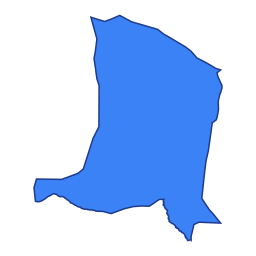 Telmen, Dzavhan, Mongolia
{"feature_id": "93677404B12487525964315", "entity_name": "Telmen", "entity_type": "district", "adm_level": 2, "iso_a3": "MNG", "parent_name": "Mongolia", "parent_adm1": "Dzavhan", "projection": "robinson", "projection_center": [97.583, 48.784], "detail": "fine", "context": "isolated", "style": "filled", "palette": "blue", "viewbox_px": 256, "rotation_deg": 0, "n_neighbors": 0, "source": "geoboundaries", "source_scale": "gbopen_adm2", "svg_char_len": 5085}
<svg xmlns="http://www.w3.org/2000/svg" viewBox="0 0 256 256"><path d="M90.9,17.2L96.9,38.9L95.3,51.8L94.0,58.6L95.7,69.6L95.9,71.6L96.9,78.7L99.1,85.6L98.9,126.8L93.2,138.0L83.3,169.0L77.9,173.4L61.5,179.4L36.5,179.0L34.0,187.7L35.4,201.1L36.1,201.5L36.8,201.6L37.7,201.7L38.5,201.8L39.1,201.7L39.6,201.6L40.9,201.2L41.4,201.0L42.2,200.5L43.0,200.1L44.3,199.3L45.1,198.8L45.5,198.4L46.2,198.0L47.3,197.1L48.1,196.4L49.0,196.1L49.7,195.8L50.1,195.7L50.3,195.6L50.7,195.2L51.1,195.0L51.6,194.7L53.0,194.0L53.3,193.8L53.6,193.7L53.9,193.7L54.3,193.9L56.2,194.4L56.4,194.4L56.8,194.7L57.0,194.9L57.1,195.0L57.4,195.1L57.7,195.4L58.4,196.1L58.7,196.1L59.1,196.2L59.9,196.6L60.3,196.7L60.7,196.7L61.0,196.7L61.3,196.6L61.5,196.6L61.9,196.5L62.1,196.5L62.5,196.6L62.8,196.7L63.5,197.0L64.1,197.2L64.4,197.5L65.0,198.2L65.2,198.3L65.4,198.4L65.6,198.4L65.8,198.5L66.3,199.0L66.8,199.5L67.1,199.6L67.3,199.7L67.4,199.8L67.5,199.9L67.6,200.0L67.8,200.1L68.1,200.2L68.8,200.8L69.2,201.1L69.8,201.6L70.2,202.3L70.6,202.8L70.9,203.0L71.4,203.0L71.6,203.0L71.8,203.1L71.9,203.3L72.1,203.4L72.3,203.5L72.6,203.6L72.8,203.7L73.0,203.9L73.2,204.0L73.4,204.1L73.7,204.1L73.8,204.2L73.9,204.3L74.1,204.6L74.5,204.9L74.9,205.2L75.2,205.2L75.4,205.3L75.6,205.3L75.9,205.3L76.1,205.4L76.4,205.6L76.7,205.9L77.4,206.5L77.7,206.6L77.9,206.6L78.1,206.6L78.4,206.7L78.6,206.9L79.0,207.0L79.4,207.1L79.8,207.1L80.1,207.1L80.5,207.2L80.7,207.4L80.9,207.5L81.0,207.7L81.4,208.2L81.4,208.3L81.7,208.3L81.8,208.3L82.0,208.5L82.9,208.8L83.3,208.8L83.6,209.0L83.9,209.1L84.0,209.1L84.5,209.2L84.8,209.2L85.4,209.2L86.3,209.2L86.7,209.1L86.9,209.1L87.1,209.1L87.4,209.3L87.6,209.6L88.0,209.7L88.6,209.6L88.9,209.6L89.1,209.6L89.3,209.8L89.7,209.9L91.5,209.9L92.0,209.9L92.4,210.0L92.6,210.1L93.0,210.4L93.4,210.4L93.7,210.4L93.9,210.3L94.1,210.3L94.3,210.3L94.7,210.5L95.0,210.6L96.1,211.2L102.8,211.4L111.1,213.6L124.8,208.6L133.3,206.6L141.3,206.0L149.4,206.2L159.4,199.4L163.8,199.4L163.4,199.8L163.3,200.0L163.3,200.3L163.3,200.7L163.2,201.0L163.3,201.2L163.7,201.5L163.8,201.6L163.8,202.1L163.9,202.4L164.0,202.6L163.9,202.8L163.8,203.0L163.6,203.0L163.4,203.0L163.4,203.3L163.5,203.6L163.7,204.1L163.7,204.3L163.6,204.5L163.4,204.6L163.2,204.8L163.2,205.0L163.3,205.3L163.6,205.3L163.9,205.3L164.0,205.4L164.2,205.6L164.3,205.7L164.3,206.0L164.5,206.2L164.5,206.3L164.6,206.5L164.6,206.8L164.5,207.1L164.9,207.6L165.0,208.0L165.3,208.2L165.3,208.4L165.4,208.8L165.5,208.9L166.1,209.1L166.4,209.3L166.6,209.5L166.8,209.6L166.8,209.8L166.8,210.0L167.3,210.3L167.4,210.6L167.4,210.9L167.3,211.4L167.0,212.4L166.8,213.2L166.8,213.5L167.0,213.8L167.2,214.0L167.6,214.3L167.9,214.6L168.0,214.8L168.0,215.1L168.0,215.3L168.0,215.5L168.4,215.9L168.5,216.0L168.6,216.3L168.6,216.6L168.6,217.0L168.5,217.3L168.5,217.6L168.3,218.0L168.2,218.4L168.2,218.5L168.3,218.7L168.6,218.9L168.8,219.0L168.8,219.3L168.9,219.5L169.0,219.9L169.1,220.0L169.3,220.2L169.3,220.4L169.3,220.6L169.2,220.9L169.2,221.2L169.1,221.3L169.3,221.5L169.6,221.6L169.8,221.7L169.9,221.8L170.3,222.4L170.7,222.6L171.2,222.8L171.4,222.9L171.6,223.1L171.8,223.3L172.0,223.5L172.4,223.7L172.8,223.7L173.0,223.7L173.2,223.8L173.3,223.9L173.5,224.1L173.6,224.3L174.2,224.7L174.5,224.9L174.7,225.0L174.8,225.3L175.4,225.8L175.5,225.9L175.5,226.1L175.6,226.3L175.5,226.6L175.5,226.9L175.5,227.1L175.6,227.3L175.8,227.5L176.1,227.3L176.5,227.3L176.7,227.5L176.8,227.7L176.9,228.0L177.0,228.2L177.0,228.3L177.3,228.4L177.6,228.3L177.8,228.3L178.1,228.5L178.1,228.8L178.6,229.2L178.8,229.5L178.8,229.8L178.8,230.0L179.0,230.1L179.2,230.5L179.3,230.7L179.4,230.8L179.5,230.9L179.9,231.0L180.0,231.1L180.5,231.1L180.9,231.1L181.0,231.2L181.1,231.3L181.3,231.5L181.4,232.1L181.5,232.2L181.8,232.2L182.0,232.4L182.1,232.6L182.5,232.7L183.1,233.0L183.4,233.3L183.5,233.5L183.8,233.7L184.1,233.9L184.4,234.1L184.6,234.4L184.7,234.7L184.8,234.9L184.9,235.0L185.0,235.2L185.0,235.3L185.1,235.5L185.0,236.2L185.1,236.3L185.4,236.4L185.5,236.5L185.7,236.8L185.8,237.0L185.8,237.3L185.6,237.8L185.8,237.9L186.1,237.9L186.4,238.0L186.7,238.1L186.8,238.2L186.9,238.5L187.0,238.8L187.0,239.3L187.2,239.6L187.4,240.1L187.5,240.2L187.6,240.3L187.8,240.5L188.0,240.6L188.9,240.4L189.1,240.3L189.3,240.1L189.8,240.0L190.3,239.9L190.8,239.9L191.1,240.2L191.1,236.5L193.9,224.6L198.8,222.2L220.6,223.1L212.9,213.6L209.2,209.6L201.8,198.4L204.3,174.8L205.8,162.5L206.3,159.7L208.3,151.0L212.3,122.8L216.2,119.9L217.0,117.6L217.7,114.2L218.5,109.1L218.5,108.6L218.4,107.4L218.3,104.0L218.3,102.5L218.3,101.5L218.4,100.7L219.1,97.2L219.2,96.6L219.5,95.8L219.6,95.4L220.0,94.0L220.6,92.6L222.0,87.9L221.9,87.2L221.8,86.9L221.8,86.6L221.8,86.4L222.0,86.0L222.0,85.8L221.9,85.3L221.8,85.2L220.9,83.3L220.3,82.0L219.9,81.2L218.9,78.7L218.0,76.9L217.6,75.5L217.1,73.4L217.1,73.2L217.2,72.6L217.4,72.5L217.6,72.3L218.2,71.9L218.5,71.7L219.1,71.0L219.6,70.7L220.1,70.4L220.6,69.9L215.5,68.3L206.7,63.0L197.0,58.0L190.7,50.9L185.1,46.7L170.3,37.9L163.4,33.9L157.7,29.4L131.6,21.8L119.7,15.4L111.4,19.0L104.6,21.5L90.9,17.2L90.9,17.2Z" fill="#3b82f6" stroke="#1e3a8a" stroke-width="1.5"/></svg>